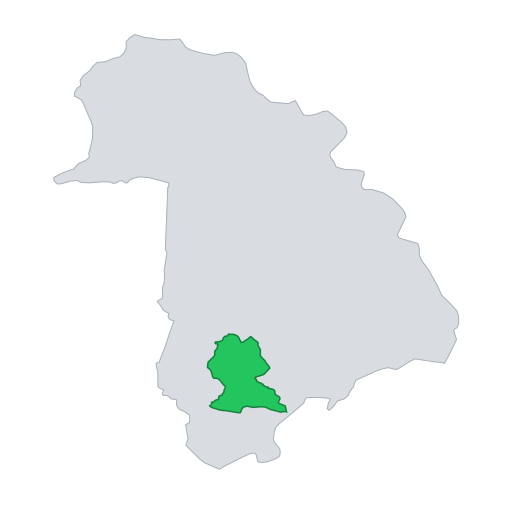 location of Gourma within Burkina Faso, rotated 93°
{"feature_id": "BFA-2184", "entity_name": "Gourma", "entity_type": "Province", "adm_level": 1, "iso_a3": "BFA", "parent_name": "Burkina Faso", "parent_adm1": "", "projection": "equal_earth", "projection_center": [0.734, 12.217], "detail": "fine", "context": "in_parent", "style": "filled", "palette": "green", "viewbox_px": 512, "rotation_deg": 93, "n_neighbors": 0, "source": "natural_earth", "source_scale": "10m", "svg_char_len": 5206}
<svg xmlns="http://www.w3.org/2000/svg" viewBox="0 0 512 512"><g transform="rotate(93 256 256)"><path d="M390.1,347.2L376.2,348.0L371.1,350.0L368.0,350.0L367.9,348.3L367.5,347.3L349.9,341.6L337.6,338.3L325.0,334.5L324.3,338.0L322.5,340.3L319.8,340.5L317.9,339.9L316.7,342.6L314.6,346.2L311.7,347.9L308.8,350.1L307.2,352.0L306.1,352.1L303.2,347.5L299.4,347.1L292.3,347.8L289.1,346.6L284.7,346.0L274.4,346.9L257.9,345.1L255.2,346.1L254.5,346.9L238.1,347.1L220.1,347.3L205.1,347.5L191.9,347.7L191.9,346.9L187.7,346.8L187.2,348.4L183.4,366.6L183.0,376.5L184.9,382.7L187.1,386.6L189.6,388.2L189.9,390.4L187.9,393.3L188.0,396.2L190.3,399.2L190.9,402.4L189.7,405.7L190.0,413.8L191.7,426.4L191.7,434.7L190.0,438.4L190.8,444.9L194.0,453.9L194.5,457.8L193.4,459.6L190.7,461.9L188.0,461.9L184.8,456.4L183.4,453.9L180.9,448.3L178.7,442.7L175.8,440.3L172.9,438.0L169.4,430.9L166.0,427.5L162.4,428.4L157.1,427.1L146.5,425.4L135.1,425.9L130.4,427.5L125.7,430.1L113.9,435.8L109.2,438.6L105.6,445.8L101.6,445.6L97.6,443.3L95.1,440.1L89.7,440.8L84.5,437.6L79.5,431.5L75.8,429.4L71.0,424.9L69.8,416.4L66.8,410.4L64.1,402.2L60.1,398.4L55.3,396.4L48.8,396.9L44.6,393.5L41.2,388.7L42.1,384.5L43.7,378.5L43.9,372.7L45.0,363.4L44.5,351.8L43.3,343.6L46.9,340.2L51.1,337.2L53.8,331.7L56.5,319.3L57.8,308.6L56.9,304.6L55.6,301.5L54.5,296.8L53.9,291.2L54.7,286.3L57.9,281.7L61.9,277.9L64.7,276.1L72.1,274.2L81.4,271.4L86.8,268.2L90.7,265.0L92.9,262.4L95.2,257.2L98.8,253.2L101.6,249.1L102.0,237.8L102.1,231.4L100.0,227.8L98.9,224.8L112.7,215.9L112.9,209.7L111.0,202.7L108.3,197.1L107.4,192.2L111.2,186.5L114.6,182.3L117.1,178.6L122.5,173.1L128.1,171.6L133.2,173.7L148.1,186.8L150.7,187.6L153.8,186.6L157.8,183.2L163.0,180.5L164.9,171.7L164.8,158.9L166.0,153.0L168.7,152.0L177.3,154.4L179.6,154.6L182.1,153.7L183.9,151.5L183.9,147.4L183.5,143.7L186.4,131.8L191.5,122.9L202.0,111.7L205.2,109.5L209.0,108.3L227.5,116.0L230.5,114.1L235.1,95.1L240.2,93.3L246.2,92.9L250.1,91.3L252.2,90.0L261.0,82.8L276.6,73.0L285.0,68.8L286.7,67.2L292.7,60.2L300.6,52.2L305.7,50.6L312.7,50.1L317.1,51.4L318.3,53.6L319.7,54.8L328.9,51.4L342.0,56.8L353.3,62.1L352.5,65.5L352.5,71.4L351.5,80.8L350.4,92.1L355.0,99.4L360.6,107.3L362.1,110.4L360.6,118.1L361.7,122.7L364.7,130.2L369.7,139.8L374.8,149.8L378.4,151.1L381.8,151.9L383.9,153.6L387.0,155.3L390.0,156.5L392.6,158.6L394.3,160.8L396.4,166.9L402.3,170.9L406.4,174.9L404.7,176.9L399.6,176.1L394.9,174.4L394.2,177.3L394.0,188.5L394.8,197.8L395.9,199.1L400.7,200.8L412.2,213.0L422.6,224.4L426.1,227.4L431.8,228.6L438.2,229.0L441.0,228.0L447.2,222.2L450.5,221.6L453.6,221.7L455.3,222.6L458.3,227.4L461.1,234.5L461.9,239.8L461.6,242.6L460.7,243.7L455.6,245.0L453.4,246.1L452.8,247.6L453.6,251.2L454.6,253.5L460.2,263.8L468.3,277.7L470.8,281.2L469.4,285.4L465.3,296.3L462.3,300.8L448.7,316.2L442.0,314.3L428.1,317.5L426.0,313.9L422.7,313.5L418.7,314.1L417.2,315.4L416.8,316.9L415.3,319.0L412.8,325.2L410.7,326.7L408.3,327.7L405.2,327.5L403.4,328.3L403.4,331.4L402.9,334.0L400.8,335.3L400.0,338.2L400.1,341.1L398.9,342.5L396.3,341.7L394.7,340.9L393.3,344.7L391.4,347.2L390.1,347.2Z" fill="#d9dde1" stroke="#a8b0b8" stroke-width="1"/><path d="M335.4,279.4L335.6,278.1L335.4,275.9L335.6,273.3L336.9,270.2L338.5,268.8L340.3,268.0L341.8,267.0L343.0,266.6L342.8,264.6L340.5,261.7L339.3,259.8L337.5,258.1L336.8,256.9L337.3,256.2L340.4,252.3L341.9,249.8L343.4,249.2L345.1,249.5L349.3,246.7L355.1,246.5L357.4,244.6L360.3,241.4L360.8,241.2L361.9,240.5L366.0,236.9L367.3,236.4L373.6,241.7L374.3,242.9L376.8,249.7L378.0,250.7L378.9,249.8L379.2,249.2L379.8,249.0L380.6,249.0L381.2,248.3L381.6,247.2L382.1,246.5L382.5,246.0L382.5,245.0L382.7,244.1L383.4,243.6L383.7,243.0L383.7,242.3L384.7,242.0L385.1,241.0L386.1,239.6L386.2,237.9L386.5,236.9L386.8,237.0L387.2,237.1L387.6,236.8L387.6,235.5L387.7,234.1L388.5,231.5L389.1,230.7L389.9,230.2L391.1,229.9L392.2,229.8L393.3,229.4L394.2,228.0L394.8,226.4L395.5,225.3L396.1,224.9L397.0,224.7L397.9,224.7L398.8,225.3L399.6,225.6L399.9,225.7L400.3,225.8L401.1,226.0L401.9,225.3L402.5,224.1L402.8,222.7L403.2,221.8L403.7,221.1L403.8,220.0L404.0,219.1L404.6,218.7L406.4,218.4L408.6,217.7L409.7,217.6L410.0,217.4L409.8,218.7L410.0,220.5L410.6,222.7L410.3,225.0L409.8,226.7L408.6,233.3L407.4,236.2L406.3,239.4L406.3,243.3L407.3,250.6L407.0,253.8L406.4,257.0L407.6,260.7L410.0,262.4L411.9,262.8L413.4,263.6L413.4,265.8L412.0,277.8L412.0,281.5L411.5,285.1L410.7,287.8L410.0,290.9L408.9,293.6L408.0,294.4L407.5,293.6L406.6,292.8L406.0,292.8L405.6,292.4L405.1,292.3L404.4,292.7L404.2,292.1L404.2,291.0L403.8,290.5L403.0,290.0L402.2,288.9L401.7,287.8L401.5,286.6L401.1,285.9L400.4,286.0L398.6,285.8L397.9,285.5L397.3,284.5L396.9,283.3L396.3,282.5L395.2,282.3L394.5,281.5L393.9,281.0L392.3,280.9L390.6,280.5L389.4,279.8L388.1,279.7L384.9,283.1L382.5,285.0L381.8,285.7L380.5,287.6L380.1,289.7L380.4,291.5L379.1,292.9L374.1,294.5L372.2,295.6L370.6,297.4L370.0,298.6L365.6,298.4L364.4,298.2L358.4,292.7L356.8,292.0L353.4,292.2L351.7,291.1L350.7,290.0L349.8,290.1L346.8,289.4L346.0,289.7L345.7,291.7L345.3,292.2L344.5,292.1L344.0,292.0L343.9,290.8L343.4,288.0L342.1,285.1L339.6,284.4L337.8,282.8L337.3,280.3L336.1,279.6L335.4,279.4Z" fill="#22c55e" stroke="#15803d" stroke-width="1.5"/></g></svg>